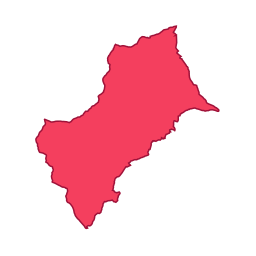 outline of Dragoslavele, Arges, Romania, rotated 163°
{"feature_id": "2599482B51563470344837", "entity_name": "Dragoslavele", "entity_type": "district", "adm_level": 2, "iso_a3": "ROU", "parent_name": "Romania", "parent_adm1": "Arges", "projection": "albers", "projection_center": [25.232, 45.358], "detail": "fine", "context": "isolated", "style": "filled", "palette": "rose", "viewbox_px": 256, "rotation_deg": 163, "n_neighbors": 0, "source": "geoboundaries", "source_scale": "gbopen_adm2", "svg_char_len": 5845}
<svg xmlns="http://www.w3.org/2000/svg" viewBox="0 0 256 256"><g transform="rotate(163 128 128)"><path d="M205.6,161.0L205.3,160.4L205.5,158.8L205.5,157.1L205.6,156.5L206.2,155.4L208.7,154.1L210.6,151.5L212.0,150.6L213.8,149.7L216.3,146.5L217.2,146.2L218.7,145.0L219.2,144.5L219.5,143.7L219.7,142.2L219.7,140.7L219.1,139.5L219.8,137.2L219.5,135.6L220.1,134.2L219.8,133.6L220.0,132.6L219.7,130.9L219.5,130.5L216.8,129.0L215.7,128.0L214.1,126.2L214.1,125.3L215.3,123.3L215.6,122.5L215.6,120.8L216.4,119.7L216.5,119.3L216.2,118.9L215.5,118.4L215.1,118.0L215.1,117.5L214.6,116.6L214.3,115.4L213.3,114.2L211.8,113.2L211.6,112.7L211.8,111.7L211.6,110.2L211.9,109.6L212.4,108.6L213.9,107.4L214.0,106.0L214.9,105.0L215.4,103.9L215.6,101.8L215.4,99.8L216.3,98.6L215.6,97.8L214.7,97.2L213.5,96.1L210.7,93.3L209.7,92.5L209.0,91.6L207.9,90.6L207.1,90.4L205.3,89.2L205.1,88.6L204.2,88.2L203.9,87.6L204.1,85.6L204.4,84.9L205.6,83.3L206.4,82.0L207.2,81.3L207.4,81.0L207.4,78.0L207.9,76.7L207.8,75.4L207.4,74.5L206.2,73.5L205.2,72.0L204.7,70.4L204.2,69.1L203.9,66.7L203.9,65.2L204.2,62.4L204.0,61.3L204.0,59.7L203.8,59.0L202.8,56.2L201.6,54.2L201.2,53.0L198.4,46.9L198.1,45.3L197.6,44.4L197.0,44.1L195.9,44.1L196.0,44.5L196.5,45.4L196.4,45.7L196.1,45.8L194.6,46.3L193.5,45.7L192.8,45.6L192.0,45.8L190.7,46.6L189.9,47.5L189.1,48.9L187.8,49.7L186.9,50.8L186.4,51.6L186.3,52.1L185.9,52.5L185.5,53.7L185.2,53.9L184.9,54.0L184.4,54.5L183.4,54.8L182.1,55.4L180.2,54.6L178.5,55.4L178.0,56.4L176.9,57.7L176.6,58.8L174.8,60.9L173.9,63.0L173.2,63.4L172.1,64.5L171.6,64.5L170.9,63.9L168.5,64.3L166.4,63.8L164.1,63.6L163.9,63.3L163.1,61.6L162.3,61.3L161.3,60.5L159.1,61.6L158.9,62.9L158.3,64.1L157.9,64.6L157.7,64.7L157.3,65.3L157.3,65.8L154.9,67.6L154.7,68.2L155.0,69.3L155.5,69.4L157.8,69.4L158.4,70.0L158.8,70.1L159.3,70.6L159.7,71.4L159.9,72.4L160.8,72.9L160.6,73.0L160.1,74.1L159.3,75.4L159.0,76.7L158.2,77.7L157.4,79.1L157.0,79.4L156.8,80.8L156.3,81.3L155.6,82.7L154.5,83.9L153.7,83.9L153.1,84.3L152.5,84.5L151.8,84.3L150.9,84.3L149.8,84.8L146.8,86.9L142.9,90.3L141.2,91.6L140.8,91.5L140.4,91.0L136.5,91.6L136.7,92.2L137.6,93.6L137.7,94.3L136.0,94.7L135.5,95.0L135.0,95.6L133.4,95.5L131.1,95.8L128.8,95.1L128.1,95.4L126.4,95.3L124.4,95.8L122.8,95.7L121.7,95.9L121.1,95.8L120.0,96.2L119.0,96.1L116.6,96.2L116.0,96.7L116.0,97.5L116.1,98.1L116.1,99.2L114.7,100.4L114.5,101.2L114.2,101.4L113.2,101.1L110.7,105.1L110.5,106.3L109.6,107.4L109.1,107.7L108.6,107.6L108.0,108.5L107.9,108.5L107.8,108.2L107.3,108.0L107.3,108.3L106.5,108.1L105.2,107.1L104.8,107.3L102.0,107.7L100.8,107.0L99.1,107.9L98.8,108.7L98.0,107.5L97.7,107.3L97.2,107.3L97.2,107.9L95.8,107.3L95.6,107.4L95.8,107.8L95.7,108.0L95.4,108.0L95.1,108.8L93.4,110.8L92.2,110.7L91.0,111.0L89.9,111.0L89.3,112.1L88.4,111.8L88.4,112.2L88.7,112.5L88.8,113.1L88.8,113.8L88.5,114.1L86.6,114.1L86.5,113.7L85.5,113.4L84.8,112.9L84.4,112.1L84.2,111.9L84.0,112.3L83.6,112.4L83.6,112.9L83.4,113.5L83.6,115.0L84.2,116.0L83.4,117.8L82.9,119.7L81.8,121.4L81.2,121.3L80.1,120.1L78.8,119.6L77.9,120.5L77.5,121.2L76.5,124.6L74.6,124.6L74.3,125.5L73.9,125.9L72.8,126.2L72.9,126.3L71.9,126.6L70.2,126.8L69.5,127.2L67.5,127.8L65.8,127.7L64.6,128.1L63.9,127.8L62.9,128.2L62.1,127.9L58.8,127.7L57.6,127.2L57.0,126.5L54.9,125.3L52.0,123.1L50.3,122.5L49.7,121.9L49.2,121.6L47.5,121.5L46.2,121.1L44.3,121.3L42.1,120.8L39.7,119.5L37.5,117.8L36.6,117.7L36.0,117.2L36.2,117.6L35.9,118.7L36.2,119.4L37.6,121.5L38.3,122.0L39.5,123.7L40.1,124.4L43.9,127.5L45.2,128.8L45.4,129.4L45.5,130.2L45.4,131.3L46.1,133.0L46.7,133.6L47.5,135.6L50.1,139.3L50.2,139.8L49.8,140.7L49.7,141.6L49.9,144.5L49.8,145.2L50.0,147.6L49.9,148.6L50.9,149.4L52.4,150.0L52.4,150.3L52.8,150.7L53.2,152.9L54.1,155.4L54.3,156.6L54.4,158.5L53.8,161.5L53.5,162.3L53.5,162.8L53.0,164.0L53.1,166.0L53.4,166.8L53.0,168.1L53.3,169.3L54.0,169.9L54.0,170.9L55.7,176.0L56.4,177.9L56.2,178.1L57.8,179.6L57.6,179.8L57.7,180.0L57.7,180.5L57.0,180.9L56.4,181.0L58.5,184.0L58.7,184.6L59.3,185.4L59.0,186.1L57.3,186.9L57.7,187.7L57.8,187.6L58.0,188.4L58.4,189.1L58.8,190.9L56.5,195.4L54.6,202.5L55.5,202.6L54.6,203.0L55.7,204.9L56.7,206.0L56.6,206.3L56.1,206.9L55.1,207.5L54.0,208.8L52.5,210.1L52.0,211.3L54.4,211.6L55.9,211.3L58.2,211.9L60.0,211.6L60.5,211.0L60.9,210.9L64.9,211.4L65.6,211.2L66.1,210.9L66.6,210.8L67.1,210.4L68.9,209.9L69.8,209.4L71.3,209.1L72.4,209.0L72.7,209.3L76.2,209.0L77.5,209.2L80.0,209.1L80.0,208.6L80.3,208.0L80.7,207.8L82.2,208.1L82.5,208.3L82.7,208.8L83.7,208.9L85.5,210.1L85.7,210.4L86.1,210.6L87.8,211.2L90.0,210.4L90.9,209.9L95.0,205.7L95.6,205.9L96.6,205.8L100.2,204.7L101.6,204.6L103.6,205.3L104.2,205.4L104.8,206.0L106.2,206.7L106.9,207.3L108.8,208.2L111.2,208.5L111.7,208.4L112.9,209.7L113.5,210.2L114.6,210.7L115.5,211.6L116.5,210.8L117.0,210.3L117.7,209.0L118.6,208.4L118.9,208.0L119.0,207.3L119.2,207.1L120.2,206.8L120.7,206.3L121.8,205.6L123.2,204.5L124.1,203.4L125.3,202.8L125.4,202.4L126.0,202.0L127.0,200.8L127.2,200.4L127.3,199.4L127.6,198.8L127.8,198.1L127.6,197.6L127.9,195.8L127.8,195.5L126.8,194.2L126.7,193.9L127.8,191.8L128.0,189.6L129.3,187.9L132.0,186.6L133.2,185.4L134.5,184.7L134.9,184.7L137.3,182.8L137.8,181.9L138.1,180.8L138.2,179.8L138.0,177.0L137.7,176.2L137.7,175.7L138.1,174.3L138.9,172.9L139.1,172.2L140.6,170.3L140.9,169.9L140.8,169.7L141.0,169.5L143.4,168.4L145.8,167.8L147.2,167.0L147.3,164.1L148.9,161.2L149.5,161.2L150.8,160.5L152.1,160.2L153.6,159.3L155.1,159.4L156.1,159.2L157.1,158.5L157.8,157.7L158.7,157.6L159.5,157.3L160.2,156.7L160.6,156.7L161.6,155.7L163.7,156.4L166.3,154.6L167.0,153.8L167.9,153.4L169.1,153.5L169.5,153.1L170.9,152.6L172.7,153.1L174.3,152.7L177.1,152.6L178.3,152.2L180.7,150.7L181.8,150.6L182.5,150.3L184.9,151.9L188.1,153.2L189.0,153.4L190.4,154.2L194.9,155.5L197.9,155.7L199.8,156.2L201.3,157.7L203.6,159.4L204.2,160.0L205.6,161.0Z" fill="#f43f5e" stroke="#9f1239" stroke-width="1.5"/></g></svg>